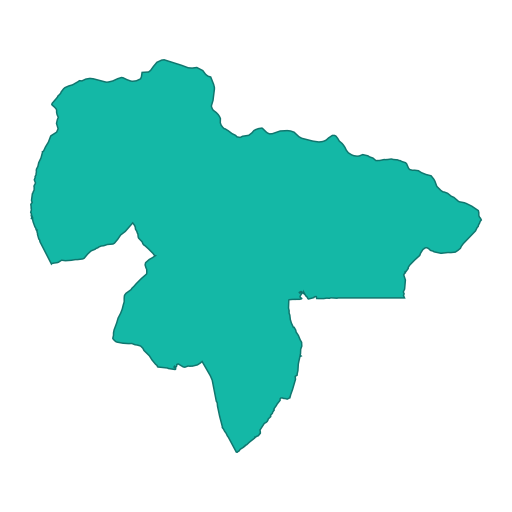 outline of Ohaba Lunga, Timis, Romania
{"feature_id": "2599482B82981888181214", "entity_name": "Ohaba Lunga", "entity_type": "district", "adm_level": 2, "iso_a3": "ROU", "parent_name": "Romania", "parent_adm1": "Timis", "projection": "robinson", "projection_center": [21.992, 45.927], "detail": "fine", "context": "isolated", "style": "filled", "palette": "teal", "viewbox_px": 512, "rotation_deg": 0, "n_neighbors": 0, "source": "geoboundaries", "source_scale": "gbopen_adm2", "svg_char_len": 5980}
<svg xmlns="http://www.w3.org/2000/svg" viewBox="0 0 512 512"><path d="M287.2,399.1L290.0,397.7L289.8,397.0L290.3,396.3L290.7,394.6L292.5,389.6L295.5,379.3L295.2,376.4L297.1,375.2L297.2,373.7L297.9,370.6L298.3,364.1L298.8,361.6L299.9,356.6L301.1,356.0L300.1,355.2L300.5,353.7L300.7,349.2L301.8,346.1L301.6,342.3L300.2,339.9L298.4,335.5L296.1,332.0L295.7,330.1L294.1,327.3L293.4,327.4L291.4,323.1L290.3,319.5L289.8,315.1L289.1,313.1L289.1,310.6L288.5,308.1L288.8,300.0L289.3,299.7L292.5,299.4L299.7,299.3L301.5,298.8L301.7,298.4L300.2,297.3L300.0,296.5L301.0,294.6L301.9,293.5L300.7,292.4L299.9,293.0L299.6,293.0L299.3,292.4L300.8,291.5L301.5,291.6L303.8,293.6L303.8,292.3L305.8,295.9L306.9,296.8L308.0,298.7L308.5,299.0L313.9,297.6L314.1,297.1L314.6,296.8L316.1,296.5L316.3,296.6L316.7,298.5L319.6,298.6L323.6,298.6L326.7,298.1L329.4,298.3L330.9,297.8L336.9,298.2L338.4,297.9L404.5,297.9L403.5,295.6L404.1,293.8L403.4,292.2L403.4,291.7L404.6,289.1L405.4,280.0L403.7,274.8L404.8,273.1L405.4,272.8L405.4,272.6L405.0,272.0L405.1,271.7L406.0,271.5L408.2,268.5L408.2,267.4L409.8,265.0L414.8,259.9L419.7,255.5L420.6,253.1L422.9,249.5L425.3,247.8L426.9,247.7L428.6,248.6L430.5,250.4L433.0,251.1L434.0,251.8L441.0,253.3L448.0,252.5L450.8,252.6L455.3,252.1L457.9,250.4L460.4,248.3L461.3,246.3L463.3,243.6L475.5,230.9L477.1,227.6L478.2,226.4L478.7,224.3L479.3,223.8L480.2,221.3L481.3,220.0L480.5,218.3L479.4,217.0L479.0,216.0L478.8,215.2L478.8,212.6L478.3,210.6L471.8,206.2L466.3,203.5L464.2,202.7L459.4,201.8L458.4,201.3L453.9,197.4L451.2,196.2L447.6,193.3L444.2,192.0L443.0,191.9L440.8,190.4L436.8,186.4L434.9,181.2L433.8,179.2L431.1,175.8L426.0,174.5L421.3,172.6L418.4,170.7L414.5,170.2L412.5,170.3L409.6,169.5L408.5,168.2L406.6,163.8L405.5,162.7L401.8,161.5L400.1,160.6L398.9,160.5L397.7,159.9L393.4,159.5L391.3,159.0L387.8,159.5L384.9,159.7L384.3,159.5L379.8,160.5L375.9,160.6L373.0,158.1L369.4,156.8L367.9,155.8L362.7,154.6L359.2,156.0L357.1,156.2L353.8,155.7L351.5,154.8L348.3,152.8L346.3,150.2L344.9,147.3L343.5,145.2L342.1,143.5L339.3,141.1L337.7,138.4L335.9,136.1L334.4,135.4L332.4,135.4L328.6,137.9L326.3,140.0L324.3,141.0L322.3,141.6L318.9,142.0L312.8,141.1L301.8,138.3L299.0,136.8L294.1,132.2L290.6,131.0L287.3,130.6L280.2,131.0L272.4,133.7L269.6,133.9L267.5,133.0L266.4,132.2L262.4,128.3L261.8,128.1L258.5,128.6L255.7,129.6L253.9,130.6L252.0,132.8L248.8,135.3L242.4,136.3L240.8,137.2L239.9,137.4L237.0,136.9L235.6,135.4L232.0,133.6L228.3,130.8L225.2,128.9L224.2,128.7L222.7,127.3L221.1,125.1L220.3,122.8L220.4,118.5L219.4,116.4L218.2,114.6L216.4,112.7L213.2,110.2L212.3,108.8L211.4,106.5L211.5,105.4L213.0,100.4L214.4,89.1L214.4,87.5L213.6,84.3L210.7,77.0L208.0,76.2L206.4,75.0L205.4,74.1L202.8,70.6L196.8,67.5L192.1,68.1L188.2,67.8L181.8,65.4L164.2,59.8L161.7,60.1L156.9,62.3L153.4,66.5L150.7,70.3L148.6,72.0L142.1,72.4L141.4,76.9L140.5,78.9L136.4,80.8L132.5,81.3L130.9,81.1L127.0,79.7L123.1,77.8L121.5,77.5L117.7,78.7L112.7,81.0L108.0,82.1L106.3,82.2L93.3,78.8L89.9,78.4L85.8,79.1L81.9,80.9L79.3,80.7L78.6,81.4L72.4,84.9L68.9,85.9L65.0,87.6L63.6,88.8L61.2,91.9L60.6,93.4L57.7,96.3L57.5,97.1L52.2,103.3L51.8,104.4L52.1,105.0L54.7,107.3L56.0,108.7L56.6,110.0L56.6,112.3L57.1,114.7L58.3,117.3L57.4,119.5L56.5,123.4L58.1,128.7L56.6,132.2L50.9,135.8L50.6,136.3L48.4,142.1L45.5,146.9L43.5,151.2L42.4,151.7L42.5,152.3L41.0,157.9L38.7,162.7L37.9,166.4L36.5,169.1L36.3,170.3L36.4,172.2L36.1,173.2L36.1,174.7L35.1,176.5L35.2,177.5L34.3,179.8L35.5,182.9L34.8,184.6L34.2,185.4L34.0,186.8L34.2,187.2L34.1,190.3L33.3,191.5L33.1,192.7L32.5,193.3L32.3,194.2L31.5,200.4L32.2,202.5L31.1,203.9L30.8,204.7L31.2,206.5L31.0,207.0L31.3,207.7L31.1,208.3L31.4,208.9L31.3,210.2L30.7,212.4L31.5,213.9L31.2,215.5L31.8,217.2L31.4,218.5L32.0,218.7L32.4,217.1L32.6,217.6L32.6,219.5L33.1,221.8L34.9,226.8L36.0,228.5L35.9,229.0L36.3,230.0L37.1,230.1L36.8,230.9L37.1,231.5L37.2,232.7L37.6,233.4L37.5,234.3L38.8,239.0L39.6,239.9L40.0,241.8L51.4,264.0L51.7,263.6L53.7,263.1L57.4,262.6L58.5,262.2L61.6,260.2L65.4,260.7L71.1,260.3L75.3,259.6L77.4,259.6L82.8,258.9L84.2,258.2L87.6,254.1L90.6,251.3L91.5,250.7L95.2,249.2L95.9,248.5L97.8,247.8L98.8,247.0L101.2,246.0L103.8,245.7L107.3,244.5L113.0,244.0L114.5,243.1L117.7,239.3L120.6,235.0L125.3,231.4L132.7,222.9L134.3,225.0L135.2,226.8L135.5,229.2L136.8,231.3L137.3,233.0L137.9,234.0L138.2,237.0L138.6,238.1L142.1,241.8L142.9,243.8L143.7,244.9L145.1,245.8L148.5,248.9L153.0,253.4L154.5,255.5L155.3,255.7L152.6,257.6L149.2,259.5L145.6,262.7L145.1,264.9L145.9,267.6L146.7,269.4L146.8,272.5L146.6,274.0L141.4,278.5L136.4,283.5L134.0,286.3L132.0,288.2L131.0,289.7L126.0,293.3L124.8,294.9L124.4,295.8L124.2,298.0L124.2,301.9L123.3,304.8L122.2,309.2L120.6,313.3L118.1,318.1L116.7,322.9L114.1,329.9L113.5,332.9L113.5,335.3L112.8,338.3L113.4,339.4L115.6,341.5L117.0,342.1L122.8,343.2L128.5,343.6L131.9,343.5L134.9,344.7L137.1,345.0L140.6,346.0L142.9,348.3L144.0,350.5L149.4,355.8L151.9,359.8L155.6,364.3L157.1,365.5L157.5,366.7L157.9,367.0L167.5,368.0L168.3,368.5L175.0,369.5L175.5,369.3L175.7,368.0L174.2,367.4L174.1,366.9L174.5,366.3L174.9,366.8L176.4,366.5L176.7,365.8L176.8,364.5L178.2,363.9L183.2,366.9L184.8,367.2L188.2,366.0L189.5,366.2L192.5,366.1L197.4,364.9L200.2,363.1L202.1,361.5L210.3,375.7L212.2,380.1L216.3,401.2L217.2,402.7L217.5,406.1L219.6,416.1L222.4,426.9L222.3,427.6L223.4,428.9L224.6,431.2L226.2,433.4L227.3,435.8L228.4,437.3L236.3,452.1L237.3,452.2L238.0,451.5L238.9,451.1L240.2,449.3L243.7,447.1L243.9,446.6L244.4,446.5L244.7,446.0L245.3,445.8L245.5,445.2L246.5,444.9L249.5,442.1L254.7,438.0L254.9,437.0L255.3,437.0L255.3,437.3L257.1,436.1L257.9,436.0L259.6,434.3L259.6,433.8L260.3,433.3L260.2,432.8L260.4,432.3L260.0,430.0L264.3,423.4L266.1,422.4L267.1,421.5L267.7,420.6L268.3,418.9L270.7,416.6L270.6,415.2L272.4,413.3L272.7,412.1L274.2,410.0L273.8,409.3L274.4,408.2L276.3,405.6L277.1,404.1L280.1,400.3L280.0,399.1L280.4,398.4L280.9,398.0L282.3,397.9L283.4,398.4L285.6,398.6L287.2,399.1Z" fill="#14b8a6" stroke="#0f766e" stroke-width="1.5"/></svg>